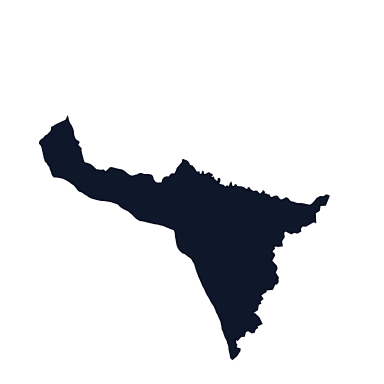 outline of VI-7 Upper Corentyne, East Berbice-Corentyne, Guyana, rotated 314°
{"feature_id": "73187651B49855956252830", "entity_name": "VI-7 Upper Corentyne", "entity_type": "district", "adm_level": 2, "iso_a3": "GUY", "parent_name": "Guyana", "parent_adm1": "East Berbice-Corentyne", "projection": "albers", "projection_center": [-57.779, 3.06], "detail": "fine", "context": "isolated", "style": "filled", "palette": "ink", "viewbox_px": 384, "rotation_deg": 314, "n_neighbors": 0, "source": "geoboundaries", "source_scale": "gbopen_adm2", "svg_char_len": 6080}
<svg xmlns="http://www.w3.org/2000/svg" viewBox="0 0 384 384"><g transform="rotate(314 192 192)"><path d="M107.2,82.2L108.5,83.5L110.3,85.9L112.3,89.2L113.0,90.9L113.9,93.8L114.0,94.6L114.5,96.6L114.8,99.5L115.0,100.3L115.3,102.2L115.3,103.3L115.0,104.9L115.0,106.7L114.6,107.4L114.5,109.4L114.6,110.4L115.5,112.1L116.0,113.7L116.2,115.8L117.1,119.4L117.1,120.4L117.3,121.3L117.9,123.2L118.7,125.0L121.5,130.0L122.9,132.1L123.3,132.7L124.5,134.0L126.3,136.3L129.2,140.6L129.4,141.3L130.3,143.1L130.7,143.9L132.0,146.5L132.2,147.7L132.1,150.9L132.4,152.9L132.9,154.8L134.3,159.0L134.5,160.2L134.5,161.5L134.8,163.9L134.6,167.9L134.7,170.6L135.4,173.7L136.2,175.2L137.0,176.1L139.0,179.4L139.8,181.0L140.4,181.9L143.6,187.2L145.3,189.5L148.1,194.4L148.8,195.9L149.6,198.3L150.1,199.3L151.2,202.3L152.4,204.8L152.4,205.8L151.8,207.5L150.5,209.2L148.6,211.3L147.3,213.3L146.1,214.8L143.9,217.9L143.0,219.6L142.3,221.4L141.9,223.2L141.9,227.0L142.1,227.9L142.9,229.5L143.1,230.3L143.5,234.6L143.9,236.4L144.0,237.6L143.8,238.7L143.5,239.8L143.1,240.8L142.8,242.5L142.4,243.6L141.9,244.7L139.4,249.0L137.7,252.4L137.0,254.1L136.3,255.2L134.6,259.6L132.4,264.6L131.4,268.0L129.5,272.7L128.7,275.2L128.2,277.4L127.9,278.2L127.4,280.1L126.7,281.8L126.2,283.7L125.6,286.9L124.1,290.8L122.8,293.1L122.0,295.9L120.8,298.6L119.1,303.1L118.4,303.8L116.5,306.7L114.7,308.9L114.2,309.7L113.7,311.5L112.7,313.1L112.1,314.6L111.1,316.3L109.7,320.5L108.3,322.7L107.0,325.5L104.1,328.9L102.2,332.0L101.7,332.7L100.5,334.1L100.1,334.7L99.8,335.5L99.8,337.2L105.3,337.8L111.0,336.6L112.3,335.5L110.2,331.4L113.0,330.4L113.3,328.4L116.8,325.0L117.2,327.6L122.2,327.4L124.6,329.6L128.5,327.3L131.5,328.4L132.5,332.9L134.3,334.0L137.2,332.6L139.8,333.2L140.5,331.5L145.7,333.6L148.0,327.2L147.9,321.7L145.8,320.6L147.0,319.4L152.7,320.7L157.2,317.5L159.5,318.6L160.2,316.7L164.3,317.0L165.0,313.2L166.6,313.0L171.7,314.3L172.9,312.9L177.9,317.3L184.1,315.1L184.5,316.5L186.7,316.4L188.4,314.9L187.8,313.8L190.2,313.6L191.6,307.6L195.8,306.2L197.2,304.1L197.6,296.9L203.6,295.3L204.6,293.4L203.4,292.3L205.6,290.2L208.5,290.4L209.1,288.7L212.6,289.9L212.3,291.1L215.9,294.1L218.8,290.3L223.6,289.4L226.4,285.8L229.1,286.0L231.2,292.4L234.1,293.2L235.7,296.1L239.2,297.2L240.7,295.2L244.3,294.7L246.7,297.5L255.3,299.9L256.0,301.8L262.4,295.1L267.0,296.2L271.4,293.2L275.2,296.9L284.2,293.3L283.9,292.4L283.2,291.0L282.1,290.5L280.6,290.5L279.9,290.0L278.5,288.7L277.8,287.7L277.4,287.5L275.1,286.8L274.5,286.5L273.7,286.5L272.2,286.8L268.4,287.0L265.2,286.7L264.5,286.2L263.6,285.3L259.7,279.1L257.1,276.4L256.4,275.5L254.9,272.0L254.0,271.0L253.4,269.8L253.3,268.3L253.6,265.7L253.3,264.2L252.8,263.8L250.3,263.1L249.1,262.6L248.5,262.2L247.7,261.5L247.5,261.0L247.5,259.9L247.5,258.6L247.9,256.7L247.8,256.1L247.3,255.5L246.3,254.7L243.7,253.7L242.9,252.9L242.5,251.4L242.5,250.9L242.7,250.3L243.3,249.8L243.2,249.4L242.6,249.0L242.2,248.5L242.0,247.2L240.8,245.5L240.8,244.7L242.0,244.1L242.2,242.8L241.9,242.6L241.5,243.3L241.2,243.4L240.3,243.0L239.7,242.9L239.3,243.1L238.3,243.0L237.4,242.6L237.3,240.3L237.4,238.8L237.3,238.0L236.5,237.1L235.7,236.7L234.7,235.7L234.4,235.1L234.3,233.6L234.0,232.9L233.9,232.4L234.5,230.2L234.2,229.8L233.4,230.0L232.9,230.5L232.0,230.4L231.5,229.8L231.1,228.3L230.8,225.9L229.5,223.7L227.5,221.5L227.1,220.6L227.1,219.9L227.5,219.1L227.5,218.5L227.0,218.3L225.9,218.6L225.0,218.6L224.4,218.3L224.0,217.6L223.9,216.5L224.6,215.1L225.7,213.8L225.0,213.7L223.2,214.6L221.8,215.0L221.3,215.0L220.4,214.8L220.3,214.0L220.7,213.4L220.5,213.1L219.0,213.0L218.4,212.5L218.1,211.8L218.4,210.4L218.1,209.4L216.8,207.4L216.4,206.3L216.4,205.4L216.5,205.2L217.1,204.8L218.4,204.6L219.7,203.8L220.1,203.3L220.5,202.4L220.2,202.0L219.6,202.0L218.3,203.0L217.8,203.2L217.1,203.1L216.5,202.5L216.4,201.9L216.5,200.6L216.2,199.1L216.6,198.2L217.3,197.3L215.9,196.3L215.4,195.4L215.6,194.9L216.4,194.6L218.0,194.7L218.3,194.2L217.7,193.0L217.5,191.2L217.2,190.8L215.9,190.3L215.0,190.2L213.2,189.2L212.8,188.6L212.8,187.9L213.1,187.2L214.1,186.2L214.1,185.7L213.6,185.8L212.7,186.5L212.0,186.8L211.1,186.6L210.2,185.7L209.9,184.7L210.1,184.2L211.1,183.1L210.8,182.8L210.1,182.6L209.4,182.2L209.3,181.1L209.6,179.8L210.3,177.1L210.5,176.1L210.3,175.1L210.7,174.2L210.5,173.9L210.0,173.5L209.5,171.8L209.5,170.9L210.3,169.7L210.5,168.9L210.6,167.4L210.2,165.7L209.6,164.8L209.2,163.5L208.9,163.1L208.3,163.4L207.4,164.3L206.1,164.7L201.0,165.0L199.4,165.0L198.3,165.3L196.3,166.4L195.1,166.6L193.5,167.1L192.7,167.1L192.1,166.7L191.4,165.5L190.8,165.1L190.0,164.9L189.2,164.9L187.1,165.4L186.6,165.2L186.0,164.4L184.6,163.0L183.3,162.4L181.5,162.4L180.4,162.7L179.3,163.5L177.8,164.0L177.4,164.0L176.6,163.5L176.2,162.9L175.8,162.7L174.0,160.8L173.4,159.7L173.3,158.7L173.6,156.1L174.2,154.8L175.2,153.4L175.6,152.2L175.7,151.4L174.8,149.5L173.1,147.5L172.1,146.7L171.0,145.4L170.1,143.2L169.6,142.5L168.5,141.6L166.9,141.2L166.5,141.0L166.3,141.0L163.4,139.2L162.7,138.9L161.7,138.1L160.8,136.9L160.4,135.9L160.0,134.2L159.6,129.3L159.5,128.4L159.1,126.7L158.4,125.5L156.1,122.0L154.2,118.5L153.4,117.3L152.6,116.5L151.4,116.4L150.6,116.5L146.1,116.1L146.1,113.0L145.5,112.8L144.9,112.4L143.4,110.7L142.6,109.4L141.5,108.1L141.1,107.0L141.3,106.3L141.2,105.5L141.3,103.6L140.9,99.7L139.6,96.8L138.8,95.7L138.3,94.5L138.3,93.6L139.1,91.8L142.8,85.6L145.1,82.5L146.0,82.0L146.0,81.0L146.1,80.9L146.1,76.8L149.1,76.1L149.3,75.4L149.0,74.4L148.6,72.3L149.0,70.3L150.6,67.2L153.0,64.5L154.4,62.1L155.7,58.7L155.9,57.5L156.7,54.8L157.5,53.4L159.4,50.5L158.4,50.8L157.7,51.2L156.8,51.5L154.8,51.2L152.6,50.2L149.0,48.9L147.3,48.2L145.5,47.7L144.6,47.3L143.8,47.3L142.7,47.0L141.8,46.6L141.3,46.2L139.6,47.6L138.9,48.1L138.0,48.4L137.0,48.6L135.1,48.5L132.9,48.6L130.3,47.8L128.1,48.1L127.1,48.0L124.6,47.5L122.9,47.6L122.2,47.9L121.2,48.6L120.9,51.5L120.7,52.2L115.1,60.8L114.4,61.6L113.5,63.5L112.8,64.5L112.5,65.4L112.4,66.3L112.6,67.5L111.8,69.5L111.5,72.3L110.5,73.8L109.9,74.9L108.9,77.4L107.8,79.1L107.5,79.9L107.2,82.2Z" fill="#0f172a" stroke="#020617" stroke-width="1.5"/></g></svg>